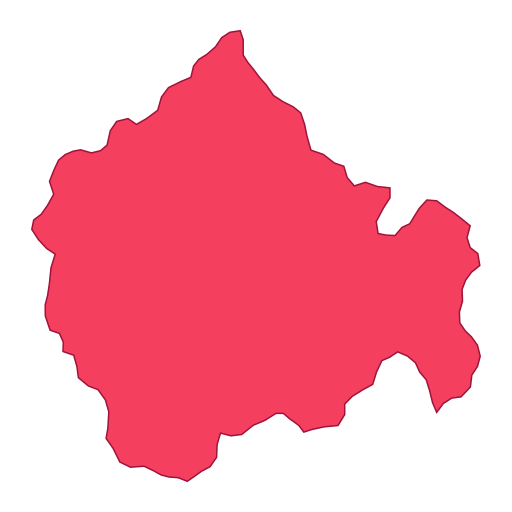 Teixeiras, Minas Gerais, Brazil
{"feature_id": "56859067B57599068633504", "entity_name": "Teixeiras", "entity_type": "district", "adm_level": 2, "iso_a3": "BRA", "parent_name": "Brazil", "parent_adm1": "Minas Gerais", "projection": "equal_earth", "projection_center": [-42.853, -20.627], "detail": "fine", "context": "isolated", "style": "filled", "palette": "rose", "viewbox_px": 512, "rotation_deg": 0, "n_neighbors": 0, "source": "geoboundaries", "source_scale": "gbopen_adm2", "svg_char_len": 1920}
<svg xmlns="http://www.w3.org/2000/svg" viewBox="0 0 512 512"><path d="M221.7,37.6L215.5,46.8L206.7,54.5L198.9,59.3L193.6,66.0L190.9,77.3L180.9,81.5L168.5,87.6L161.5,97.0L157.7,110.3L146.5,118.6L136.4,124.4L128.0,118.6L116.7,121.4L110.3,130.7L107.1,145.0L100.7,150.6L91.5,152.9L80.6,149.8L73.2,151.2L65.3,154.5L58.6,160.1L54.0,170.0L49.5,181.3L53.7,194.2L47.5,205.4L41.2,214.3L33.7,220.0L31.8,229.4L38.5,239.7L46.8,248.6L55.2,254.2L51.0,267.7L49.4,283.6L47.6,295.5L45.2,304.8L45.3,315.9L50.1,330.2L59.4,333.4L63.3,342.1L63.0,351.5L73.7,355.2L76.9,366.4L78.4,377.7L88.4,386.0L98.0,389.6L105.4,399.9L108.8,411.8L107.9,427.9L106.1,438.4L113.0,448.2L119.9,462.1L130.5,467.2L144.0,466.2L153.6,470.8L161.2,475.0L168.9,477.0L178.2,477.7L187.3,481.3L194.4,476.4L201.3,471.4L210.2,466.6L216.6,457.3L217.1,444.6L220.5,433.1L231.0,435.8L241.7,434.5L253.2,425.3L265.2,420.2L275.9,413.4L283.4,413.4L289.4,418.6L298.7,425.3L303.8,432.1L311.9,429.5L323.8,426.9L338.0,425.5L344.7,414.6L344.7,404.1L352.3,396.3L363.1,389.6L372.7,384.4L376.5,372.1L381.9,360.6L389.7,357.2L397.6,351.9L407.4,356.0L415.5,362.8L419.7,372.1L426.2,379.7L429.6,390.6L432.5,402.5L436.7,412.4L443.3,403.5L451.7,398.1L461.0,396.9L470.4,387.0L471.8,375.1L477.5,366.4L480.2,356.2L477.5,345.3L471.4,336.8L465.2,330.8L459.8,322.9L459.4,312.0L462.5,301.2L462.1,289.3L465.7,280.0L471.4,272.3L479.8,265.5L477.8,253.6L470.2,247.6L467.0,237.7L470.2,225.8L462.1,219.2L454.0,212.9L445.1,207.1L436.7,200.8L426.9,200.0L419.3,208.3L414.3,216.3L409.7,223.8L402.0,227.4L395.1,235.5L386.1,235.1L378.1,233.5L376.2,221.6L383.4,208.1L390.0,197.8L390.0,187.9L377.4,186.5L365.4,182.3L354.3,185.9L347.2,177.6L343.8,166.2L334.5,163.1L323.1,154.3L311.0,150.2L307.1,136.7L304.6,124.4L300.7,112.9L293.3,106.9L283.0,101.7L273.4,95.4L266.4,85.1L259.4,77.3L253.7,69.6L247.8,62.4L243.2,55.1L243.2,39.6L240.2,30.7L229.8,32.3L221.7,37.6Z" fill="#f43f5e" stroke="#9f1239" stroke-width="1.5"/></svg>